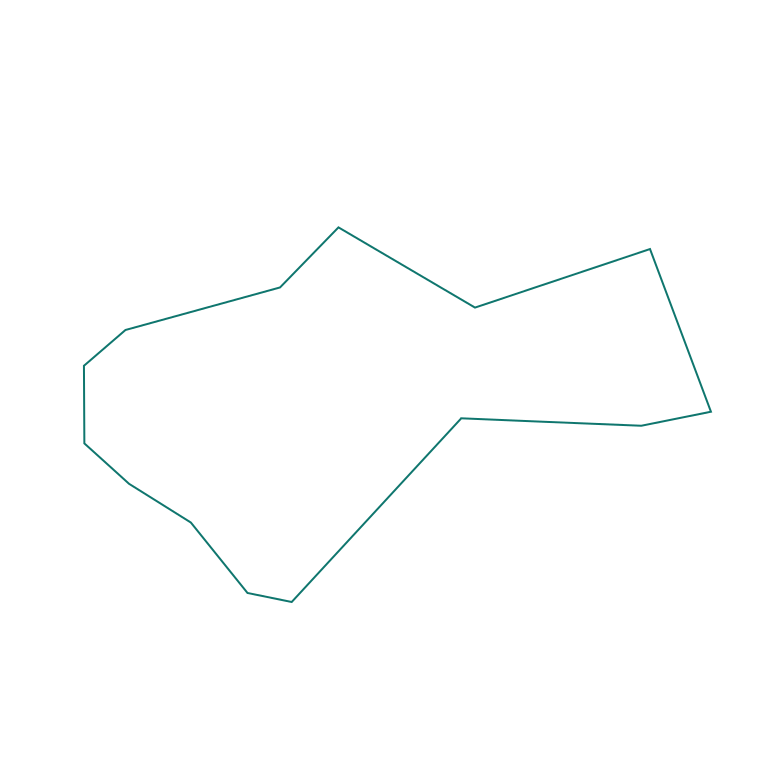 outline of Al Manāmah, rotated 156°
{"feature_id": "BHR-4929", "entity_name": "Al Manāmah", "entity_type": "Governorate", "adm_level": 1, "iso_a3": "BHR", "parent_name": "Bahrain", "parent_adm1": "", "projection": "natural_earth1", "projection_center": [50.561, 26.218], "detail": "fine", "context": "isolated", "style": "outline", "palette": "teal", "viewbox_px": 768, "rotation_deg": 156, "n_neighbors": 0, "source": "natural_earth", "source_scale": "10m", "svg_char_len": 379}
<svg xmlns="http://www.w3.org/2000/svg" viewBox="0 0 768 768"><g transform="rotate(156 384 384)"><path d="M96.6,225.7L165.9,241.2L255.0,285.3L327.5,321.3L327.9,321.0L557.0,222.4L593.7,248.6L616.8,336.0L657.5,396.5L669.7,424.1L681.9,451.6L650.7,522.7L598.2,538.5L439.7,514.5L361.9,545.6L269.8,416.8L86.1,399.1L96.6,225.7Z" fill="none" stroke="#0f766e" stroke-width="2"/></g></svg>